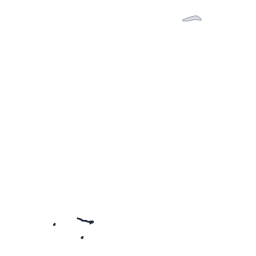 location of Aulotu, Tuvalu, rotated 265°
{"feature_id": "33948139B63350704470627", "entity_name": "Aulotu", "entity_type": "district", "adm_level": 2, "iso_a3": "TUV", "parent_name": "Tuvalu", "parent_adm1": "", "projection": "natural_earth1", "projection_center": [178.346, -8.002], "detail": "fine", "context": "in_parent", "style": "filled", "palette": "slate", "viewbox_px": 256, "rotation_deg": 265, "n_neighbors": 0, "source": "geoboundaries", "source_scale": "gbopen_adm2", "svg_char_len": 1435}
<svg xmlns="http://www.w3.org/2000/svg" viewBox="0 0 256 256"><g transform="rotate(265 128 128)"><path d="M233.2,207.4L230.1,210.3L229.0,210.3L230.2,204.1L229.5,197.7L229.6,192.7L230.7,191.7L232.7,197.6L233.9,204.9L233.2,207.4Z" fill="#d9dde1" stroke="#a8b0b8" stroke-width="1"/><path d="M37.0,81.9L36.8,82.1L36.5,82.1L36.4,82.3L36.2,82.3L36.3,82.5L36.5,82.7L36.8,82.9L36.9,83.0L36.9,83.3L36.9,83.6L36.8,83.8L36.7,83.9L36.7,84.1L36.8,84.2L36.8,84.3L36.9,84.5L37.0,84.6L37.1,84.8L37.3,84.9L37.4,85.0L37.5,85.1L38.0,84.9L38.1,84.7L38.2,84.4L38.2,83.8L38.3,83.1L38.2,82.4L38.1,81.6L38.1,80.8L38.1,80.3L38.3,79.7L38.4,79.3L38.6,79.1L38.8,78.8L39.2,78.5L39.4,77.9L39.5,76.8L39.3,75.9L39.7,75.1L40.3,74.3L41.0,73.4L41.6,72.2L42.3,70.4L42.6,69.3L42.3,69.9L42.1,70.4L41.7,71.6L41.2,72.2L40.9,72.6L40.4,73.9L39.8,74.2L39.9,74.4L39.5,75.0L39.3,75.4L39.2,76.2L39.3,76.9L39.1,77.7L38.4,78.7L38.4,79.1L38.2,79.6L38.0,80.1L37.9,80.6L37.9,81.1L37.3,81.6L37.0,81.9ZM37.7,45.7L37.6,45.8L37.7,46.1L37.8,46.2L37.8,46.3L37.9,46.5L38.0,46.6L38.3,46.6L38.5,46.6L38.7,46.8L38.8,46.8L39.0,46.7L38.9,46.5L38.8,46.4L38.7,46.2L38.5,45.9L38.4,45.9L38.2,45.7L37.7,45.7ZM22.1,72.8L22.2,73.0L22.3,73.0L22.5,73.0L22.6,72.9L22.8,72.8L23.0,73.0L23.0,73.3L23.2,73.5L23.3,73.5L23.5,73.5L23.6,73.4L23.5,73.2L23.4,73.0L23.2,72.8L23.1,72.7L23.0,72.4L22.9,72.2L22.7,72.1L22.6,72.3L22.4,72.5L22.2,72.7L22.1,72.8Z" fill="#64748b" stroke="#1e293b" stroke-width="1.5"/></g></svg>